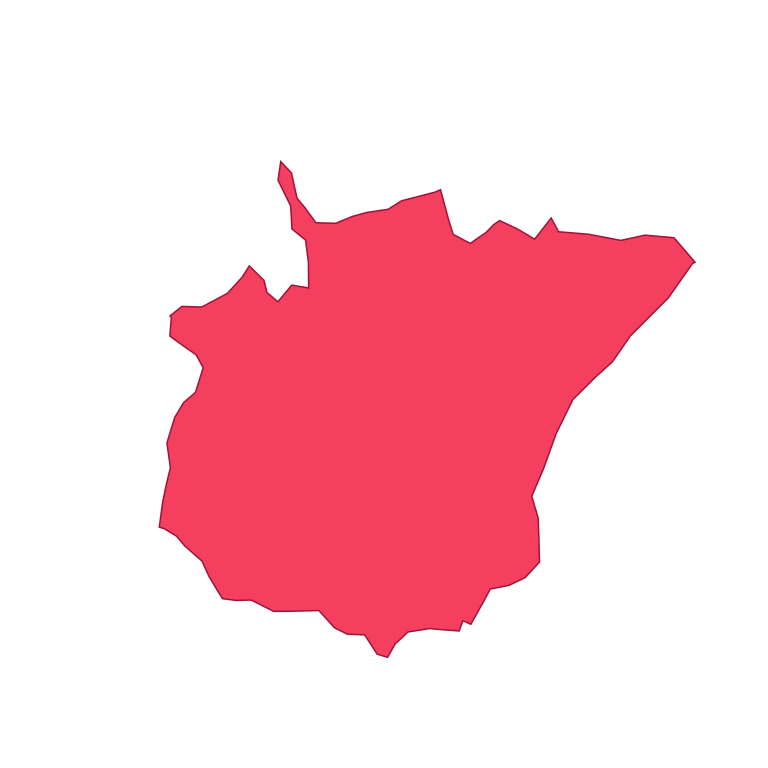 the district of Souskiou, Paphos, Cyprus, rotated 298°
{"feature_id": "46923920B5461634055818", "entity_name": "Souskiou", "entity_type": "district", "adm_level": 2, "iso_a3": "CYP", "parent_name": "Cyprus", "parent_adm1": "Paphos", "projection": "mercator", "projection_center": [32.607, 34.737], "detail": "fine", "context": "isolated", "style": "filled", "palette": "rose", "viewbox_px": 768, "rotation_deg": 298, "n_neighbors": 0, "source": "geoboundaries", "source_scale": "gbopen_adm2", "svg_char_len": 1359}
<svg xmlns="http://www.w3.org/2000/svg" viewBox="0 0 768 768"><g transform="rotate(298 384 384)"><path d="M637.5,601.5L649.3,571.4L638.0,544.6L622.0,525.7L612.2,494.1L600.4,466.7L609.0,453.7L608.2,453.5L582.6,449.0L583.5,429.7L582.6,409.4L576.2,406.0L565.8,403.0L548.6,394.1L548.6,374.8L559.4,363.9L582.1,342.7L577.6,339.2L554.0,313.5L540.2,305.6L527.4,288.3L517.1,277.4L503.3,266.0L494.4,248.2L502.8,230.9L507.2,220.0L526.9,203.2L531.9,188.4L514.1,194.8L497.4,218.0L477.7,229.9L474.2,247.2L456.0,260.1L433.4,272.4L428.0,256.1L406.8,251.7L409.8,237.8L419.1,229.4L420.9,223.5L425.0,209.6L411.7,208.6L390.6,203.2L366.4,186.9L357.6,169.1L343.6,163.1L343.1,164.9L325.8,172.4L324.3,182.3L321.5,204.5L313.5,216.7L288.2,221.5L273.6,215.8L256.3,214.9L230.0,220.0L209.8,234.7L193.3,238.9L175.5,244.1L152.1,252.8L153.1,257.8L152.2,272.3L147.4,284.3L142.2,306.4L131.8,320.0L122.4,335.6L118.7,342.3L123.4,354.9L130.9,368.2L131.4,393.1L137.9,405.4L153.4,432.8L145.5,454.9L145.9,469.1L153.4,484.7L142.2,504.9L144.4,515.5L159.7,515.9L176.3,521.6L189.5,539.1L193.4,548.5L201.2,566.3L212.0,564.8L212.6,573.5L239.7,574.1L252.9,574.1L264.9,588.9L279.3,599.5L299.8,604.9L321.7,592.5L337.9,583.2L354.2,567.2L385.1,564.5L421.2,559.3L459.0,558.1L489.4,567.5L511.0,575.3L542.0,578.9L593.4,594.6L635.1,599.8L637.5,601.5Z" fill="#f43f5e" stroke="#9f1239" stroke-width="1.5"/></g></svg>